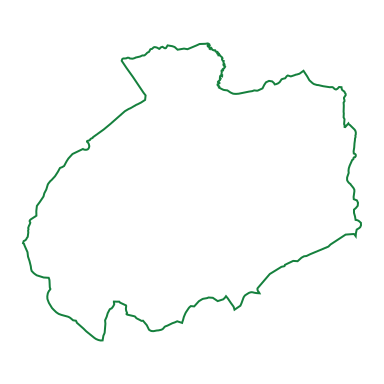 Nsawam Adoagyiri, Eastern, Ghana (Mercator projection)
{"feature_id": "2480657B74727980909537", "entity_name": "Nsawam Adoagyiri", "entity_type": "district", "adm_level": 2, "iso_a3": "GHA", "parent_name": "Ghana", "parent_adm1": "Eastern", "projection": "mercator", "projection_center": [-0.35, 5.828], "detail": "fine", "context": "isolated", "style": "outline", "palette": "green", "viewbox_px": 384, "rotation_deg": 0, "n_neighbors": 0, "source": "geoboundaries", "source_scale": "gbopen_adm2", "svg_char_len": 5820}
<svg xmlns="http://www.w3.org/2000/svg" viewBox="0 0 384 384"><path d="M194.2,306.4L198.9,301.2L202.0,299.3L203.1,298.8L206.6,298.2L207.4,298.0L208.5,297.5L212.8,297.8L217.7,301.1L223.3,299.3L225.0,297.6L226.0,296.2L227.8,298.4L230.9,303.0L233.6,306.7L234.5,309.7L240.4,305.7L241.5,303.2L243.6,297.4L244.1,296.6L244.9,295.5L245.9,294.8L248.9,292.9L250.0,292.5L251.2,292.2L252.7,292.3L254.2,292.7L256.7,293.1L259.5,293.3L259.1,292.5L257.9,291.0L257.6,290.1L257.4,288.9L257.7,288.1L269.8,274.0L281.5,266.8L284.3,266.2L284.7,265.8L285.0,264.8L293.2,260.9L297.6,261.2L301.5,257.7L304.0,256.3L306.5,256.0L310.2,254.2L328.4,246.6L330.5,244.5L345.6,234.6L353.9,234.0L354.7,234.8L355.7,236.2L355.9,233.4L356.7,229.6L359.0,228.2L360.2,227.2L361.0,225.3L360.9,222.8L360.3,222.3L359.1,221.2L358.0,220.5L356.9,220.1L355.6,219.9L355.0,216.4L354.0,212.9L354.0,209.6L355.9,208.0L357.7,205.8L358.0,202.8L356.9,200.4L353.8,199.2L353.6,197.0L354.4,191.2L354.3,189.6L353.4,187.9L350.8,184.7L350.5,184.1L349.4,183.3L348.5,182.4L347.7,181.3L347.1,180.1L347.1,178.8L347.1,177.6L347.4,176.6L348.7,172.9L348.5,170.8L348.8,168.3L349.7,165.6L352.2,160.0L353.3,159.3L353.5,158.0L354.1,157.3L355.0,157.2L355.7,156.2L355.8,155.1L355.6,154.5L354.8,153.8L353.8,153.5L353.6,151.3L354.2,147.6L354.5,143.2L354.9,140.5L355.0,138.6L355.5,137.1L355.5,136.4L355.4,135.5L355.8,134.3L355.8,132.3L355.4,130.9L354.6,129.6L349.9,125.0L348.8,124.3L348.4,123.4L345.2,127.1L344.6,127.0L344.5,124.6L344.1,124.1L344.5,119.2L343.6,117.4L343.8,113.4L343.6,111.9L343.8,105.7L343.6,102.6L344.5,101.2L344.4,99.8L344.0,98.7L344.0,97.7L345.7,95.1L345.6,93.8L344.8,92.7L344.4,91.6L342.3,90.1L341.7,88.9L341.5,87.2L339.1,87.0L337.4,88.8L336.0,89.5L334.6,89.0L333.3,87.6L332.2,87.1L329.7,87.2L323.1,86.2L318.4,85.1L317.0,85.0L314.0,84.1L312.6,83.2L309.4,80.3L307.2,76.4L303.5,70.8L299.5,73.7L296.9,74.5L295.7,74.7L294.8,75.1L291.5,76.2L290.8,76.4L287.8,75.5L286.7,76.2L285.7,77.6L285.1,78.3L283.3,78.7L281.6,79.3L279.6,82.2L277.8,83.5L275.9,84.2L274.7,84.4L274.0,83.1L272.2,81.4L269.0,80.9L266.0,82.3L264.3,84.8L262.5,88.4L257.7,90.6L256.9,90.7L254.2,90.4L252.3,91.1L249.0,91.6L238.7,93.7L236.0,93.9L234.1,93.8L232.9,93.6L230.5,92.5L227.4,90.4L224.1,90.0L222.9,89.6L219.0,87.6L219.4,86.9L219.1,86.2L218.2,85.9L217.7,85.3L217.5,84.8L217.6,84.4L218.0,84.4L218.5,84.0L218.7,83.4L219.4,83.2L219.4,82.7L218.9,82.3L218.1,82.4L217.9,82.0L218.1,81.6L219.9,80.1L219.8,79.7L219.8,79.2L220.5,79.0L220.7,78.5L220.4,78.2L220.0,78.1L219.9,77.7L220.0,77.4L220.1,76.2L220.5,75.7L221.1,75.7L221.6,76.1L222.1,76.3L222.2,75.0L221.4,74.5L221.8,72.0L221.5,71.2L221.6,70.5L221.8,70.3L223.0,70.4L223.2,69.9L222.9,69.0L223.3,68.7L224.1,68.3L225.1,66.8L223.8,65.6L223.4,64.8L223.5,64.3L223.8,64.5L224.5,64.6L224.4,64.1L223.8,63.2L223.5,62.4L223.7,61.0L222.8,60.8L222.1,59.6L222.0,58.8L222.5,58.2L221.9,57.2L220.0,55.6L219.9,55.1L219.5,54.8L218.7,55.3L218.4,55.3L218.3,54.9L218.8,53.7L217.9,53.5L217.5,53.7L217.2,53.5L217.2,53.1L217.9,52.6L217.6,52.1L217.2,51.8L215.7,51.6L215.2,50.3L214.8,50.2L214.0,50.4L212.4,49.8L212.0,49.3L211.7,48.5L211.2,47.8L210.9,47.9L210.1,49.1L209.6,48.8L209.4,46.8L208.4,46.8L207.8,46.3L207.6,45.8L207.8,45.4L209.6,45.2L209.3,44.3L208.5,43.7L207.7,44.2L207.3,43.5L205.4,43.8L199.6,44.0L196.6,45.4L187.5,49.2L184.0,48.6L177.6,49.7L174.6,47.0L172.3,46.2L167.6,45.4L166.0,48.0L165.1,48.3L164.1,47.9L163.3,47.3L162.4,46.8L160.6,47.5L159.6,48.7L159.2,48.9L157.4,47.8L156.0,47.3L154.6,47.1L153.6,47.4L152.0,48.9L150.5,49.2L150.2,49.6L149.1,51.7L148.6,52.1L147.8,52.4L147.1,52.9L146.2,53.9L144.6,55.3L143.8,55.5L142.8,55.4L142.0,55.6L140.2,56.5L135.5,57.6L134.9,58.0L133.7,58.4L132.5,58.7L130.4,58.5L129.7,58.4L128.9,57.8L127.7,57.7L126.0,58.4L123.2,58.5L122.5,58.9L122.2,59.2L121.7,60.8L126.4,67.8L132.9,76.9L143.5,92.7L145.6,95.4L145.1,99.9L141.1,102.5L137.2,104.5L136.7,104.6L130.3,108.3L128.8,108.9L124.9,111.2L110.1,124.2L103.7,129.5L93.0,137.2L92.8,137.7L92.1,138.2L91.4,138.4L90.4,139.1L90.0,139.9L89.2,140.4L87.4,140.9L87.0,141.3L87.0,141.5L87.2,142.0L88.2,142.9L88.6,143.6L88.9,144.5L89.3,146.1L89.1,147.2L88.5,148.6L87.6,149.4L86.6,149.7L85.9,149.8L84.6,149.7L83.2,149.3L82.9,149.0L72.5,154.0L68.4,158.5L66.6,161.3L64.1,166.0L62.0,167.2L60.1,167.9L59.9,168.1L57.9,171.8L55.0,176.3L51.3,180.3L50.4,181.0L48.4,183.5L47.8,184.5L46.3,189.5L44.3,193.3L43.5,196.5L39.8,202.0L36.9,205.9L36.3,211.0L36.4,215.7L30.9,219.3L30.2,219.9L29.7,220.7L29.7,221.6L30.2,222.3L30.3,222.8L29.5,224.9L29.1,225.4L28.2,228.0L28.5,229.2L28.1,230.6L28.3,232.5L27.7,236.9L26.8,238.1L26.2,239.3L25.4,240.2L23.7,241.1L23.0,243.2L24.1,244.0L24.4,245.2L27.5,252.2L28.0,256.6L29.5,261.0L30.8,266.3L31.1,268.9L31.7,271.0L33.6,273.0L34.7,273.9L36.7,275.3L43.7,277.5L48.7,277.8L49.3,279.4L49.5,280.7L49.8,287.3L50.0,288.1L50.4,289.0L49.7,290.1L49.0,290.9L48.3,292.2L47.8,293.4L47.3,296.3L47.4,298.7L47.6,299.5L48.9,302.9L52.0,308.0L53.6,309.7L56.3,312.3L58.7,313.9L61.4,314.9L68.0,316.7L69.3,317.3L70.4,318.0L73.1,320.3L75.9,320.7L76.4,321.5L76.8,322.7L83.5,328.6L86.2,331.3L94.5,338.0L96.0,339.0L98.4,340.0L100.6,340.5L102.6,340.4L103.4,335.7L104.5,333.2L104.7,332.3L105.4,323.7L105.1,320.3L106.7,316.7L107.7,313.2L109.7,309.4L110.3,308.9L111.6,308.4L113.1,306.5L114.2,304.4L114.2,303.8L113.9,302.6L113.9,301.6L119.3,301.7L120.0,302.6L126.0,305.4L126.2,306.0L125.9,308.6L126.0,309.9L126.3,311.1L127.1,313.0L126.5,314.0L127.1,314.6L134.1,316.2L135.1,316.6L136.4,318.2L137.7,318.9L139.9,320.0L140.9,320.6L141.7,320.9L143.0,320.7L146.8,325.2L149.0,329.7L150.4,330.6L151.4,331.0L152.5,331.1L153.8,331.1L156.8,330.5L158.4,330.4L161.1,329.8L162.1,329.4L163.0,328.8L164.6,326.9L165.3,326.4L167.5,325.6L172.4,323.2L174.8,322.4L177.2,321.3L182.1,322.9L182.5,321.5L183.0,320.2L183.8,317.1L185.0,314.2L185.8,312.5L188.8,308.0L189.5,307.2L190.8,306.1L194.2,306.4Z" fill="none" stroke="#15803d" stroke-width="2"/></svg>